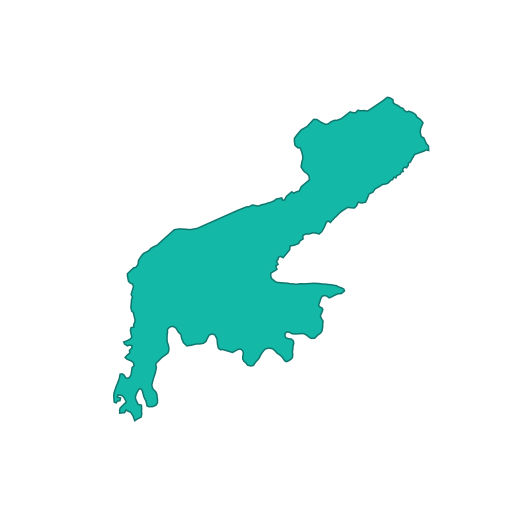 outline of Santa Rita do Novo Destino, Goiás, Brazil, rotated 214°
{"feature_id": "56859067B8436628567433", "entity_name": "Santa Rita do Novo Destino", "entity_type": "district", "adm_level": 2, "iso_a3": "BRA", "parent_name": "Brazil", "parent_adm1": "Goiás", "projection": "natural_earth1", "projection_center": [-49.071, -14.869], "detail": "fine", "context": "isolated", "style": "filled", "palette": "teal", "viewbox_px": 512, "rotation_deg": 214, "n_neighbors": 0, "source": "geoboundaries", "source_scale": "gbopen_adm2", "svg_char_len": 5304}
<svg xmlns="http://www.w3.org/2000/svg" viewBox="0 0 512 512"><g transform="rotate(214 256 256)"><path d="M318.6,124.2L316.4,121.9L313.5,119.2L313.9,116.6L315.5,113.6L317.6,110.7L315.5,109.5L312.4,109.6L311.0,111.4L308.9,112.3L307.4,110.2L308.2,107.1L306.4,105.0L307.5,101.2L307.8,98.7L305.5,98.3L300.8,99.2L298.2,99.1L295.7,97.0L296.4,94.4L294.2,89.8L293.2,87.7L293.0,85.5L293.4,83.3L295.6,82.1L299.1,83.6L300.9,83.5L302.6,82.1L300.8,77.9L299.5,72.5L299.1,70.2L298.1,66.4L297.1,63.0L295.4,60.1L293.3,57.4L291.9,55.6L289.8,56.0L289.7,58.3L287.9,60.0L288.9,62.6L292.0,61.5L292.8,63.6L289.5,65.3L287.3,65.2L285.5,64.5L281.9,62.5L283.6,54.1L283.0,52.2L281.1,49.5L279.3,51.1L277.4,52.6L277.6,55.7L275.0,55.8L272.8,56.4L270.4,55.5L268.0,54.3L264.4,51.6L263.1,54.9L261.2,58.2L262.3,61.1L264.0,63.1L265.3,65.3L267.6,68.3L270.8,67.0L275.5,69.9L277.1,71.5L278.1,74.7L278.4,77.0L278.6,79.3L278.0,81.4L275.4,81.1L271.5,77.7L270.1,76.5L265.8,74.0L262.5,70.8L260.6,71.1L257.5,73.3L255.5,76.3L255.6,79.1L257.2,81.7L258.5,83.1L261.0,86.0L263.1,87.3L266.0,87.9L267.6,88.5L270.1,90.5L270.9,92.4L272.0,95.6L272.8,97.8L273.3,100.0L274.3,103.3L275.4,105.9L276.5,108.3L278.0,109.3L278.9,111.4L278.1,115.0L277.4,118.9L275.4,124.4L274.8,126.4L275.3,128.5L276.5,130.8L278.9,133.1L281.5,135.1L283.5,137.6L285.7,141.1L286.5,143.0L288.3,145.4L288.0,148.3L286.4,150.7L284.0,151.5L281.7,151.4L278.3,149.7L276.4,149.2L274.2,148.9L272.9,147.4L271.2,145.9L267.8,143.6L263.1,142.8L259.6,146.0L256.6,149.4L253.3,151.8L250.7,154.3L249.7,157.3L250.3,160.1L250.6,164.3L248.9,166.8L245.9,167.6L241.9,165.4L238.5,161.2L235.7,158.6L233.0,158.4L231.4,159.8L225.7,161.6L221.5,162.9L219.1,167.8L217.7,169.6L215.9,170.3L213.8,169.9L211.9,168.0L210.7,165.0L209.3,163.1L207.2,162.0L204.7,161.7L201.8,160.8L198.7,162.0L197.0,163.9L197.0,167.4L196.3,172.6L196.9,178.2L196.8,180.6L196.4,184.0L193.8,187.0L191.5,187.9L189.7,188.4L186.6,187.9L184.6,187.3L182.2,187.3L179.6,187.2L177.1,186.6L173.7,185.2L171.6,185.4L170.5,187.2L169.3,189.8L169.0,192.2L170.8,195.3L172.3,197.0L173.1,198.9L174.4,201.0L176.0,204.9L177.5,206.5L180.2,206.9L182.9,205.6L185.3,204.9L187.3,205.8L188.5,208.1L188.1,210.1L185.8,211.5L182.6,211.7L179.7,213.4L174.1,217.7L172.2,218.5L169.6,218.7L166.6,218.4L164.3,218.5L161.4,220.6L160.5,225.1L159.3,228.4L159.4,230.7L160.9,234.2L162.5,236.7L164.0,239.5L167.0,240.8L169.3,242.5L169.9,246.4L170.7,249.0L172.4,249.9L174.4,249.4L176.6,250.1L177.4,253.4L178.4,256.6L178.7,259.7L177.2,261.4L175.0,262.4L171.9,262.2L170.4,264.5L168.8,267.5L166.8,270.6L164.2,272.6L163.1,276.5L164.6,277.6L166.6,277.5L170.4,276.5L172.6,276.4L175.7,275.0L177.6,274.2L179.9,272.9L183.1,271.3L185.2,269.9L188.2,268.5L191.0,266.8L193.1,265.5L197.5,262.1L200.1,260.1L201.8,259.0L204.0,257.6L206.8,255.0L209.4,253.8L211.7,252.3L214.8,251.0L216.6,249.9L223.2,246.2L225.2,245.5L227.5,245.8L229.8,245.8L232.3,247.3L234.2,250.1L232.0,254.7L231.2,256.6L234.0,258.8L233.0,261.4L236.1,263.0L235.8,265.6L236.7,267.3L235.6,269.4L232.6,269.7L232.0,275.4L231.6,280.0L233.3,283.4L230.3,286.3L227.7,290.1L227.9,293.3L226.5,296.5L228.3,298.4L228.1,300.5L226.7,302.4L224.8,303.5L223.4,305.0L221.7,307.2L218.9,308.6L216.0,309.5L215.1,312.9L215.4,317.4L215.8,319.7L216.6,323.7L215.4,325.4L213.0,325.4L212.9,327.6L212.5,329.5L212.2,331.8L211.6,334.0L211.1,337.1L210.1,340.8L207.2,347.5L203.5,349.5L201.3,350.8L200.7,353.6L201.3,357.8L197.8,359.1L195.3,362.0L195.9,365.8L197.0,370.6L194.8,374.2L194.8,378.3L192.7,382.3L191.2,385.9L188.7,388.3L187.3,390.2L186.6,394.1L185.5,395.8L185.8,398.5L183.7,399.0L184.2,401.3L182.2,404.6L182.6,406.7L181.2,408.4L182.9,409.6L182.7,412.7L180.5,413.3L180.5,416.3L181.6,418.2L180.6,420.1L181.3,428.8L178.6,432.6L175.6,436.6L174.0,439.3L171.8,440.0L174.5,443.6L177.4,444.3L183.1,447.8L185.5,447.3L187.2,448.6L189.3,450.8L190.8,453.7L192.0,459.8L195.9,461.1L200.4,461.2L202.7,462.5L204.9,462.5L206.6,462.5L208.4,461.9L210.2,461.6L211.6,459.7L214.4,459.6L216.8,460.6L219.2,459.9L222.5,460.2L225.1,459.6L227.9,459.7L229.9,462.2L233.6,462.0L235.9,461.0L236.6,458.7L237.8,455.1L243.7,440.5L244.9,438.2L247.3,437.3L250.9,434.6L253.0,433.9L253.7,430.2L256.6,428.7L258.6,428.1L262.0,417.6L264.8,413.7L266.9,412.3L268.9,409.2L269.9,406.1L271.7,404.1L276.2,403.3L281.9,403.2L284.6,401.5L286.1,391.7L287.5,389.0L289.0,386.0L289.3,383.8L289.8,379.1L289.9,374.9L287.8,371.9L285.5,369.6L283.5,369.3L281.7,369.1L280.3,370.3L278.5,369.4L276.0,367.6L273.7,365.5L271.7,363.1L270.4,359.3L268.5,355.1L264.5,353.3L262.3,352.9L260.3,353.0L258.4,352.6L256.6,351.8L254.3,348.9L254.9,346.9L257.2,338.8L256.5,334.1L258.4,331.7L260.1,329.2L262.3,329.2L264.1,322.6L263.7,318.3L265.3,317.1L267.2,318.6L268.9,316.7L270.9,314.7L272.0,311.7L273.5,309.2L276.3,305.9L277.5,304.1L279.9,301.8L281.9,298.7L287.5,296.3L289.3,293.0L291.5,291.2L296.9,283.3L303.2,273.2L315.2,254.0L320.1,246.1L325.2,241.1L329.7,238.6L334.6,235.7L338.4,232.1L343.1,213.7L343.8,210.1L346.3,205.9L347.4,203.5L347.7,201.0L348.9,198.3L350.5,195.7L351.0,193.4L351.0,186.7L349.8,184.6L349.1,182.6L349.2,179.5L350.8,177.8L352.7,169.4L351.6,167.7L347.5,163.7L345.3,163.3L342.6,163.7L340.5,162.1L338.0,154.3L335.3,152.8L335.0,150.7L331.0,143.4L328.3,140.8L326.0,140.5L322.8,137.4L320.9,135.8L319.5,133.6L319.1,130.7L317.4,128.9L319.5,126.8L318.6,124.2Z" fill="#14b8a6" stroke="#0f766e" stroke-width="1.5"/></g></svg>